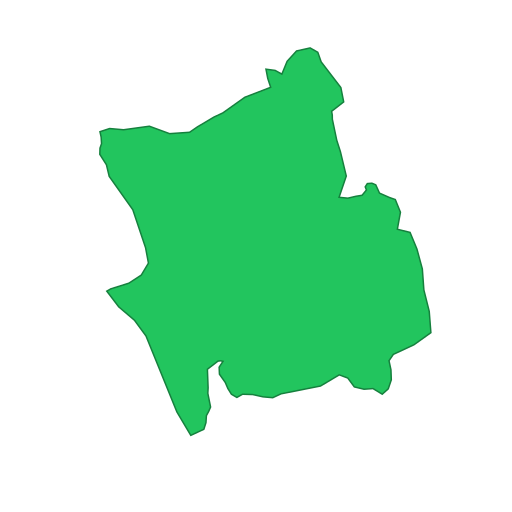 outline of Pŏḷŏnnaruva, rotated 155°
{"feature_id": "LKA-2453", "entity_name": "Pŏḷŏnnaruva", "entity_type": "District", "adm_level": 1, "iso_a3": "LKA", "parent_name": "Sri Lanka", "parent_adm1": "", "projection": "mercator", "projection_center": [81.021, 7.997], "detail": "fine", "context": "isolated", "style": "filled", "palette": "green", "viewbox_px": 512, "rotation_deg": 155, "n_neighbors": 0, "source": "natural_earth", "source_scale": "10m", "svg_char_len": 1400}
<svg xmlns="http://www.w3.org/2000/svg" viewBox="0 0 512 512"><g transform="rotate(155 256 256)"><path d="M124.5,274.6L120.2,273.0L117.4,269.9L117.5,260.8L110.4,252.7L105.9,248.3L106.6,234.6L116.6,220.5L106.4,212.3L107.2,194.3L110.7,174.0L118.2,154.3L122.4,132.6L129.9,112.6L150.3,108.8L173.1,108.8L179.7,104.9L181.8,95.8L185.7,86.6L192.3,79.7L200.0,77.4L206.0,86.4L214.4,89.6L222.2,95.8L224.4,106.6L230.8,113.1L252.5,110.9L291.5,120.5L300.7,120.5L309.2,125.4L317.5,131.8L326.6,136.4L333.1,135.9L336.7,141.1L337.5,147.7L337.3,154.4L339.1,164.3L336.4,170.8L330.4,174.5L332.4,176.0L334.9,176.8L347.9,173.9L355.1,156.8L357.7,151.9L361.0,138.3L364.5,135.2L368.4,132.3L371.8,126.1L376.5,121.0L382.9,121.0L390.9,121.0L393.6,148.1L389.5,230.0L393.3,249.1L401.9,267.9L406.1,287.2L401.4,287.6L382.7,285.1L368.0,287.2L356.5,295.0L352.6,310.1L348.1,350.0L355.4,390.2L353.0,401.9L354.6,414.1L351.8,419.7L348.5,423.1L346.1,429.2L344.9,434.6L334.8,433.4L322.7,426.4L297.8,418.7L282.6,403.4L263.9,396.2L254.5,397.8L235.3,399.7L225.6,399.7L199.0,404.6L171.4,402.7L170.3,412.0L168.0,421.1L160.2,416.1L155.7,409.9L145.5,419.3L132.6,424.7L119.0,421.7L113.9,414.5L114.9,404.4L107.9,372.8L111.4,358.6L126.3,355.2L127.3,351.5L129.0,347.7L133.9,326.8L135.4,314.9L140.4,290.3L155.9,274.1L148.3,269.6L140.2,267.9L134.2,266.2L128.0,269.2L127.8,272.5L124.5,274.6Z" fill="#22c55e" stroke="#15803d" stroke-width="1.5"/></g></svg>